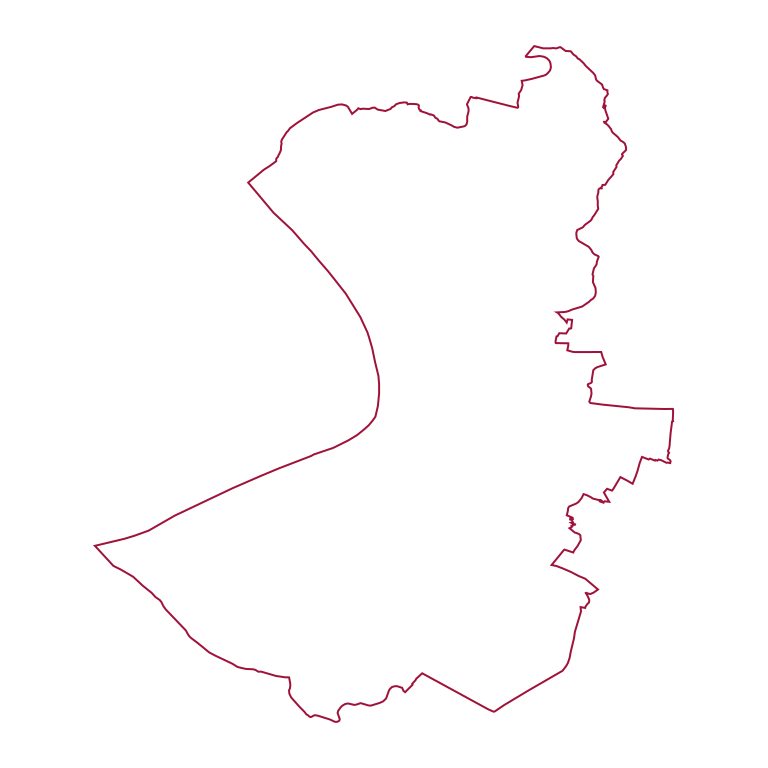 the district of Hinova, Mehedinti, Romania
{"feature_id": "2599482B25696524526243", "entity_name": "Hinova", "entity_type": "district", "adm_level": 2, "iso_a3": "ROU", "parent_name": "Romania", "parent_adm1": "Mehedinti", "projection": "natural_earth1", "projection_center": [22.791, 44.546], "detail": "fine", "context": "isolated", "style": "outline", "palette": "rose", "viewbox_px": 768, "rotation_deg": 0, "n_neighbors": 0, "source": "geoboundaries", "source_scale": "gbopen_adm2", "svg_char_len": 6072}
<svg xmlns="http://www.w3.org/2000/svg" viewBox="0 0 768 768"><path d="M379.7,702.9L383.1,701.4L386.1,698.5L389.0,690.4L389.9,689.0L391.7,687.2L393.9,686.4L396.8,686.1L402.1,687.8L403.5,690.9L405.1,692.2L412.6,684.7L412.2,683.8L415.6,680.1L416.1,678.9L422.2,673.3L488.2,709.3L493.6,711.7L494.8,711.4L504.1,705.1L527.9,690.8L562.5,670.8L566.0,666.3L567.9,663.0L569.6,657.9L571.0,650.6L574.0,638.3L574.9,631.8L581.0,611.5L580.6,607.1L585.2,607.9L585.5,606.6L587.6,603.7L588.9,602.6L589.1,601.9L589.3,600.1L588.8,598.6L587.5,595.8L585.8,593.0L586.2,592.8L588.5,593.7L590.4,594.0L593.6,592.6L598.0,589.5L585.2,578.7L578.7,576.0L570.6,571.8L562.2,568.2L556.4,566.0L551.6,565.0L564.0,549.9L564.5,549.6L573.2,552.5L574.4,550.2L577.7,545.8L580.8,540.2L580.3,535.2L579.5,534.4L577.3,533.3L574.7,532.5L569.5,528.2L571.6,527.2L571.5,525.9L572.6,525.9L573.0,524.7L574.8,524.8L575.0,524.3L572.3,523.6L571.1,522.8L573.0,522.5L571.8,520.0L570.1,519.5L570.2,518.7L572.8,518.9L572.6,517.7L566.8,515.3L567.8,511.1L568.2,508.1L569.2,506.5L576.1,503.6L578.5,502.0L581.6,498.1L583.6,494.1L586.9,495.2L590.7,497.1L592.7,498.5L598.1,499.9L600.5,500.0L601.3,500.6L600.4,500.6L599.9,501.4L603.5,502.7L603.8,501.8L604.6,501.3L609.2,501.8L603.9,492.5L607.1,488.8L612.0,490.6L613.1,489.3L620.4,477.1L627.2,480.6L632.6,483.8L635.8,475.9L637.5,470.9L639.7,463.0L642.0,456.9L648.7,459.5L649.9,458.6L655.0,460.6L655.5,460.0L657.3,460.6L658.5,459.6L661.2,460.2L666.5,462.8L667.8,462.6L670.2,463.1L670.6,461.3L670.1,460.2L667.7,458.4L667.5,457.6L668.1,454.5L669.1,452.7L668.1,451.7L668.0,450.9L669.1,448.5L669.5,446.3L670.6,433.1L672.1,421.5L673.1,421.2L672.8,420.1L673.1,412.8L673.0,409.1L672.7,408.9L664.6,409.0L634.7,408.3L629.1,407.3L602.5,404.6L590.3,403.0L589.3,401.6L591.0,396.4L591.5,393.7L591.1,389.0L590.5,388.1L588.3,386.5L587.7,385.0L588.0,384.2L590.8,383.0L591.5,382.6L591.8,382.0L591.9,381.0L591.7,380.2L593.3,370.2L595.1,368.4L597.1,367.2L605.7,364.4L602.6,356.9L601.2,352.0L575.4,352.1L572.5,351.8L567.3,350.3L568.3,345.4L568.3,343.3L555.8,343.1L555.6,342.8L555.6,340.8L556.5,336.4L557.5,336.2L559.3,333.2L566.2,333.5L569.2,328.5L570.8,328.6L571.2,328.3L572.1,319.9L567.6,319.4L566.7,322.6L564.3,319.5L561.3,317.0L558.2,313.1L557.0,312.4L564.6,312.0L566.8,311.6L569.3,310.8L571.7,309.7L582.2,306.5L588.9,301.9L591.0,299.9L593.1,298.6L594.8,296.4L595.3,295.2L595.8,292.3L595.5,288.0L592.9,282.1L593.3,275.8L592.5,274.5L593.9,268.4L596.5,264.6L597.0,261.3L598.7,256.8L598.1,256.0L594.9,254.6L593.5,253.5L592.5,252.4L591.3,249.9L588.7,246.8L578.6,240.9L577.2,239.0L576.7,237.8L576.3,233.7L576.5,232.1L577.3,230.0L582.7,227.4L585.1,224.7L590.7,220.6L591.6,219.4L592.7,217.1L594.2,215.3L598.2,208.9L597.7,204.9L597.8,200.9L597.5,199.6L597.3,197.3L597.3,196.4L598.3,192.7L598.4,190.1L598.7,189.2L599.5,188.5L601.3,188.3L600.8,187.8L602.1,186.5L602.5,185.0L605.3,184.8L608.1,180.2L613.4,174.1L613.2,172.0L616.5,167.0L616.3,165.3L619.1,160.7L621.0,158.8L622.8,156.0L622.8,155.5L622.0,154.6L622.2,153.8L626.0,150.1L626.1,149.5L626.0,147.1L624.8,143.5L623.0,141.9L620.6,140.6L617.7,136.9L612.8,132.7L611.8,131.3L611.0,129.0L608.5,125.9L606.8,124.2L604.3,122.6L604.1,121.9L605.9,121.9L608.3,118.8L605.4,110.4L604.9,107.8L605.7,105.8L605.5,105.5L605.1,105.6L603.7,107.8L603.1,107.2L604.7,101.6L604.3,100.2L604.8,98.0L607.1,95.3L607.9,94.0L607.4,92.5L607.4,90.3L603.9,89.1L603.1,87.8L602.1,84.6L596.7,80.5L596.0,79.1L595.1,75.3L593.1,72.8L585.8,66.0L583.6,63.2L579.4,59.2L578.0,58.7L576.1,56.3L573.3,54.4L570.8,51.3L565.5,50.9L560.7,47.3L560.0,47.1L556.2,48.4L552.9,48.0L551.0,48.3L543.1,48.3L534.2,46.1L525.8,56.1L526.0,56.8L531.0,57.2L539.5,56.0L543.7,56.7L546.6,58.0L549.0,60.3L549.7,61.3L550.5,63.5L550.9,67.1L550.5,69.1L549.9,70.6L548.2,72.7L546.1,74.6L544.5,75.4L532.1,78.8L524.4,80.5L521.7,80.8L522.6,85.1L521.2,90.0L518.7,93.7L519.1,96.1L517.5,102.7L518.2,106.3L518.1,107.3L517.5,107.8L509.8,106.0L476.5,97.5L476.4,98.2L473.1,97.7L471.5,97.0L470.6,97.1L467.0,104.2L467.2,105.1L468.3,107.6L468.6,109.6L468.5,111.6L467.2,116.6L467.2,121.9L466.4,124.6L464.9,126.0L463.8,126.4L457.4,127.7L454.2,126.9L451.3,125.2L445.1,122.4L439.4,121.3L438.7,120.7L437.4,118.8L435.3,117.7L433.9,115.5L430.5,114.3L430.0,114.6L427.0,113.2L420.6,111.1L420.8,110.4L419.5,109.7L419.0,108.8L418.6,107.5L418.9,105.7L418.7,105.2L417.6,104.4L414.5,104.0L409.4,103.9L407.6,104.3L406.8,102.6L404.0,102.4L399.6,103.0L396.2,104.2L394.1,106.3L392.0,107.2L390.6,108.9L385.4,111.0L377.7,109.6L374.7,107.6L372.8,107.7L369.1,109.0L362.7,108.7L360.5,109.1L358.3,108.3L357.2,109.7L352.1,113.9L347.9,106.8L346.1,105.5L342.0,104.4L337.8,104.7L331.4,106.8L318.9,110.0L313.0,112.5L296.9,123.1L289.9,128.3L288.2,130.7L286.6,132.3L281.9,139.6L281.2,141.8L281.6,143.5L281.1,146.0L280.9,150.2L279.3,153.9L278.5,155.2L278.0,156.7L276.8,158.0L276.2,159.0L276.2,161.2L269.4,166.2L264.0,169.6L248.2,182.6L273.5,212.7L292.2,230.2L304.5,244.3L311.2,251.3L318.2,259.9L328.2,271.4L345.8,293.7L360.3,317.0L367.5,332.5L369.2,337.9L372.2,348.2L375.1,362.2L378.4,375.7L379.1,384.0L379.1,393.5L377.9,406.0L375.4,416.7L372.7,420.5L368.7,425.3L364.0,429.5L357.2,435.0L348.1,440.5L333.2,447.9L313.7,454.5L311.1,456.0L279.3,468.2L262.5,475.2L232.8,488.1L174.8,515.6L148.7,530.6L134.3,535.8L124.4,538.8L94.9,545.8L113.4,565.9L120.5,569.4L133.2,576.8L142.4,585.4L151.6,592.8L155.4,597.0L159.7,600.0L161.3,601.9L163.6,606.5L165.9,609.6L185.9,630.5L187.6,633.7L189.3,636.3L191.2,638.1L197.8,643.1L209.3,652.5L215.8,655.9L232.5,663.8L237.6,667.0L245.6,668.9L253.3,669.3L255.6,670.0L258.3,671.7L261.4,671.7L276.2,676.0L285.2,677.3L289.1,677.4L290.2,683.3L290.3,685.7L289.9,688.5L289.1,690.1L289.1,691.5L289.4,693.8L291.2,697.5L299.6,706.9L304.6,712.0L306.5,714.5L307.8,715.1L308.9,716.2L310.3,717.0L311.4,716.9L313.8,715.5L315.1,715.2L317.9,715.7L330.0,719.5L334.8,721.8L336.8,721.9L338.6,721.2L339.2,720.7L339.6,719.8L339.7,718.9L337.6,713.0L338.2,710.8L340.6,707.4L342.2,705.8L345.0,704.1L347.5,703.5L348.7,703.6L354.3,704.9L356.7,704.5L360.3,703.2L361.3,703.3L368.2,705.4L370.1,705.6L371.3,705.5L379.7,702.9Z" fill="none" stroke="#9f1239" stroke-width="2"/></svg>